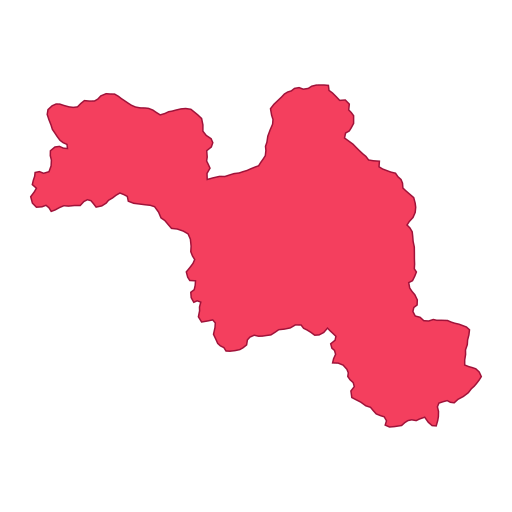 outline of Jampruca, Minas Gerais, Brazil
{"feature_id": "56859067B52389882389753", "entity_name": "Jampruca", "entity_type": "district", "adm_level": 2, "iso_a3": "BRA", "parent_name": "Brazil", "parent_adm1": "Minas Gerais", "projection": "albers", "projection_center": [-41.751, -18.479], "detail": "fine", "context": "isolated", "style": "filled", "palette": "rose", "viewbox_px": 512, "rotation_deg": 0, "n_neighbors": 0, "source": "geoboundaries", "source_scale": "gbopen_adm2", "svg_char_len": 4371}
<svg xmlns="http://www.w3.org/2000/svg" viewBox="0 0 512 512"><path d="M114.6,94.1L110.1,94.0L106.1,93.7L100.8,95.9L97.8,99.1L94.5,101.0L89.6,101.1L84.4,100.6L80.8,103.5L77.5,106.9L73.3,107.4L69.1,106.9L64.0,105.5L59.8,104.1L56.1,104.0L52.1,105.8L48.0,109.6L47.2,114.4L48.9,119.6L51.0,124.9L52.4,129.4L54.8,132.9L57.1,136.4L60.0,140.3L63.2,142.7L67.0,144.4L67.5,148.5L63.5,148.2L59.4,146.4L54.9,147.0L50.4,150.8L50.3,155.7L51.4,160.1L51.1,165.9L49.0,171.7L43.6,173.3L39.4,171.6L35.1,172.5L34.7,176.2L33.3,180.4L32.3,184.6L36.4,188.2L34.3,191.9L30.7,196.7L32.4,203.1L36.4,207.2L42.0,206.8L46.0,205.3L49.0,207.8L51.2,211.4L55.0,210.0L59.6,207.5L63.9,205.7L68.5,206.1L74.5,205.5L80.2,205.5L83.9,201.5L87.4,199.7L91.0,200.7L93.5,203.7L96.1,207.1L101.8,205.9L106.2,203.1L108.5,200.3L112.6,197.9L116.1,195.2L119.9,193.0L123.9,194.6L127.3,196.4L128.3,201.2L133.7,203.3L139.4,204.0L144.7,204.7L150.3,205.3L154.6,206.7L158.6,212.2L161.0,217.9L164.8,220.5L167.9,224.2L171.5,228.4L177.2,229.0L183.3,231.1L188.1,233.9L190.4,239.2L191.1,246.2L190.8,251.7L192.5,256.0L194.7,259.5L193.0,263.4L190.0,267.4L186.3,271.9L187.7,277.2L189.8,280.5L195.5,280.8L195.2,285.3L194.2,289.7L190.8,292.3L191.2,297.7L193.8,302.3L197.1,300.8L200.8,302.1L199.5,307.0L199.6,310.8L198.4,316.8L201.6,322.0L208.0,320.9L212.7,319.9L215.3,322.9L215.0,327.5L213.5,334.3L216.1,339.8L217.7,343.4L220.3,345.8L223.9,347.6L226.0,351.0L229.9,351.2L235.1,350.6L239.8,349.6L243.0,347.8L246.6,344.9L247.4,339.9L249.9,337.1L254.2,335.2L258.5,336.2L262.3,336.1L266.4,335.5L270.9,334.9L275.0,332.3L278.7,329.7L284.4,329.1L290.3,327.9L295.4,324.9L301.1,325.0L303.6,328.3L306.9,329.9L310.8,332.3L314.7,335.2L319.1,334.9L323.7,332.5L327.5,328.1L330.2,330.9L332.8,333.3L335.9,336.3L335.1,340.2L330.7,343.8L331.9,348.2L334.5,350.4L335.6,354.3L333.6,358.7L332.6,362.9L338.2,363.1L343.1,365.1L346.9,369.3L348.3,372.8L347.8,376.5L350.0,379.7L353.2,382.6L354.3,386.6L350.9,391.0L351.8,397.5L355.6,399.5L360.7,402.1L365.8,405.8L370.5,407.3L373.4,410.8L376.2,413.9L380.4,415.6L384.2,416.8L386.5,420.8L385.2,425.1L389.5,427.0L394.4,426.6L401.6,425.5L404.8,422.6L407.9,420.6L411.7,419.8L416.2,420.6L419.5,419.0L424.7,417.2L428.3,422.3L432.1,425.6L436.2,425.9L437.7,420.6L438.4,416.5L438.5,411.4L437.4,406.8L438.9,403.1L443.1,401.7L447.2,400.6L450.4,402.3L454.2,402.8L458.0,399.3L463.3,396.5L468.3,392.7L471.4,388.7L474.1,386.3L476.5,383.5L479.1,380.1L481.3,376.6L479.2,372.0L475.8,368.8L472.3,367.6L468.7,366.6L464.7,365.0L464.7,359.9L465.6,354.5L465.5,349.9L467.3,344.6L467.6,339.9L468.9,334.9L469.5,329.8L466.4,327.0L462.5,325.5L459.0,324.2L454.6,323.2L451.2,322.1L447.5,320.5L442.0,320.3L436.7,320.3L433.3,319.5L428.7,321.0L423.8,320.7L420.1,317.3L415.2,316.0L412.9,311.5L413.8,307.5L417.1,305.0L417.3,299.9L414.8,294.7L411.9,291.3L409.7,288.0L408.7,282.6L412.5,280.7L414.7,276.3L416.4,272.0L414.3,268.8L414.6,264.2L414.4,258.6L414.4,253.2L414.3,247.1L413.1,241.3L412.7,236.2L412.2,231.8L409.9,227.9L407.0,225.0L409.3,221.5L413.0,217.5L415.2,212.4L415.7,207.3L415.2,203.3L413.7,197.6L408.8,193.4L405.6,190.6L402.9,188.0L402.5,183.1L401.0,179.5L397.9,176.7L395.5,173.2L390.9,172.1L387.1,170.7L382.6,169.0L379.0,166.8L379.4,161.2L373.5,160.8L368.6,160.0L365.9,156.4L362.6,153.7L358.8,150.1L355.7,147.0L353.0,144.2L348.5,140.9L344.5,138.0L345.6,133.0L349.2,131.0L351.2,127.9L353.6,123.4L353.6,119.4L353.6,115.7L351.3,112.6L348.7,109.9L349.3,104.1L345.3,100.0L339.7,100.4L336.3,96.8L332.5,93.0L329.0,90.4L328.4,85.4L323.9,85.0L320.0,85.0L316.2,85.1L311.7,86.2L308.3,88.4L303.3,89.2L299.1,87.6L294.5,88.4L291.3,90.9L287.7,92.0L284.4,94.0L281.7,96.9L277.9,100.5L273.9,104.3L270.5,108.7L271.6,115.1L273.0,119.5L272.6,124.2L270.1,130.0L267.8,136.2L266.9,142.3L265.5,146.3L265.9,150.5L265.3,155.7L263.2,159.0L260.9,162.2L258.6,165.8L255.2,167.0L251.0,168.7L247.0,170.5L243.2,171.6L239.1,173.0L234.0,173.6L229.5,175.0L224.9,176.5L219.5,176.4L212.9,177.9L207.2,179.5L207.0,173.4L210.0,168.2L208.3,164.4L206.6,161.0L207.2,157.0L206.7,150.7L211.3,147.0L212.8,142.7L211.1,138.7L206.2,135.4L202.9,131.2L202.9,124.9L201.6,118.5L197.8,114.9L194.5,112.2L190.9,109.3L185.7,108.5L181.0,108.9L175.8,110.1L172.2,111.1L168.7,111.7L164.9,113.5L160.2,114.9L155.9,112.2L152.9,110.1L148.6,108.4L145.1,108.0L140.2,107.9L135.4,107.0L131.3,105.2L127.9,103.0L124.5,100.7L121.2,98.5L118.4,96.3L114.6,94.1Z" fill="#f43f5e" stroke="#9f1239" stroke-width="1.5"/></svg>